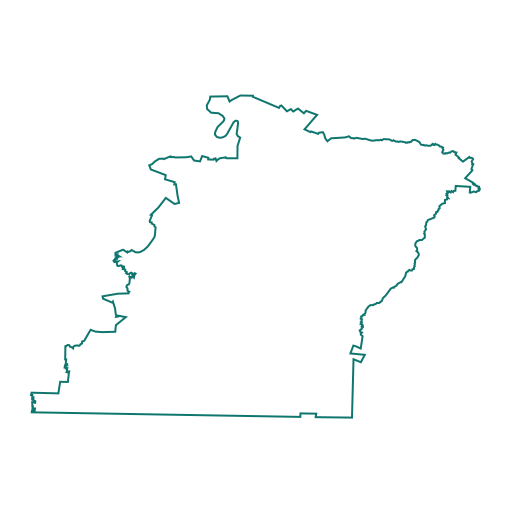 Balancán, Tabasco, Mexico (Equal Earth projection), rotated 91°
{"feature_id": "50627088B87279423420052", "entity_name": "Balancán", "entity_type": "district", "adm_level": 2, "iso_a3": "MEX", "parent_name": "Mexico", "parent_adm1": "Tabasco", "projection": "equal_earth", "projection_center": [-91.389, 17.796], "detail": "fine", "context": "isolated", "style": "outline", "palette": "teal", "viewbox_px": 512, "rotation_deg": 91, "n_neighbors": 0, "source": "geoboundaries", "source_scale": "gbopen_adm2", "svg_char_len": 6015}
<svg xmlns="http://www.w3.org/2000/svg" viewBox="0 0 512 512"><g transform="rotate(91 256 256)"><path d="M113.8,197.4L110.0,208.5L112.5,210.6L107.8,216.6L110.9,221.3L108.5,223.7L110.8,227.6L105.1,233.2L105.4,234.4L107.5,235.6L96.9,261.9L95.8,261.9L95.8,274.4L100.3,282.8L102.0,285.1L96.8,287.4L97.4,304.5L100.4,304.8L106.2,307.8L109.8,307.5L113.5,303.3L113.9,296.0L116.5,291.8L119.0,290.0L120.8,290.3L122.2,291.2L127.6,296.6L132.6,298.9L135.3,299.2L137.6,297.2L138.3,295.0L138.3,293.1L137.9,291.2L136.4,288.5L134.3,286.9L122.6,280.7L121.2,279.0L121.1,277.7L121.7,276.5L123.5,276.2L134.4,277.5L136.5,276.2L137.9,273.9L146.3,276.4L158.6,276.3L158.8,286.9L158.5,288.0L157.9,288.1L159.0,294.0L160.3,295.9L161.7,297.2L159.3,298.1L159.7,298.5L159.4,299.6L160.4,300.0L160.3,305.5L158.6,305.4L157.0,311.6L162.4,313.6L161.6,319.6L157.6,322.5L158.5,327.5L158.9,338.5L158.5,339.6L158.6,343.0L158.0,343.1L158.1,343.9L160.7,349.7L160.3,350.1L160.5,354.6L163.3,358.8L165.9,361.4L167.2,364.3L171.3,362.7L176.7,347.7L180.9,348.3L183.6,338.6L185.9,338.9L185.7,337.3L197.5,335.4L204.2,333.8L205.4,338.3L199.5,347.2L209.2,354.4L216.7,361.9L217.1,360.7L222.8,362.9L224.0,362.6L224.2,360.9L225.4,360.8L226.8,358.1L228.1,358.1L229.2,356.9L237.3,357.5L239.1,358.0L243.4,360.8L248.6,364.6L251.8,368.0L254.1,372.0L254.5,374.0L254.3,376.6L252.2,380.5L253.7,382.2L254.1,383.6L253.7,384.3L254.7,384.8L252.1,388.8L252.2,389.5L255.3,396.6L256.8,396.6L256.9,395.5L257.9,396.1L257.9,395.4L257.4,394.7L258.3,394.9L257.9,394.1L258.7,392.7L258.7,393.3L259.5,393.5L259.3,394.7L259.6,394.2L260.6,394.8L260.1,396.0L260.5,396.3L261.3,395.7L261.3,396.7L262.3,396.5L262.5,397.8L263.2,398.4L264.5,397.5L263.8,393.8L265.1,395.2L268.0,394.5L268.5,393.6L267.7,391.0L267.8,390.4L269.0,389.8L268.6,389.2L268.8,387.9L270.0,387.7L270.1,388.8L271.4,389.0L271.2,387.0L271.6,387.6L272.0,386.5L273.5,386.5L274.4,384.9L275.5,385.5L276.2,384.5L276.6,382.6L275.8,382.3L274.8,380.5L275.5,379.3L276.4,379.6L276.9,379.1L276.7,378.4L275.3,376.9L275.8,376.1L277.6,377.5L279.8,377.7L278.4,379.4L279.8,380.1L278.8,381.9L279.1,382.3L280.1,381.7L285.4,382.1L286.7,382.8L287.3,384.4L289.1,385.1L290.7,383.9L292.9,383.9L294.0,382.1L294.6,382.8L295.6,382.8L296.1,393.4L299.0,408.7L301.3,408.2L305.0,399.3L305.1,398.9L304.1,398.3L311.0,396.0L317.2,395.1L317.7,394.4L319.3,394.9L318.8,392.5L318.1,392.4L319.4,385.1L327.6,394.9L334.2,395.4L334.8,408.4L334.4,415.2L332.7,420.1L343.5,426.1L344.1,426.7L344.5,428.4L346.5,428.4L347.3,430.0L348.5,430.7L348.9,431.3L348.5,433.3L349.0,436.0L350.1,437.1L351.5,437.3L350.5,438.5L350.0,440.3L348.4,441.2L348.3,442.9L349.4,444.1L349.5,445.0L362.7,445.0L362.7,444.0L367.6,444.4L367.5,442.9L368.6,442.8L368.7,445.1L370.8,445.4L370.7,444.2L371.7,444.2L371.4,442.7L374.7,443.2L374.7,440.7L375.6,440.9L375.8,441.5L375.9,441.0L385.2,441.9L385.2,449.6L396.8,451.2L396.6,478.0L398.9,478.5L398.9,477.2L400.9,477.3L401.2,476.0L402.9,476.1L402.4,477.3L403.4,477.3L405.1,474.1L406.6,474.3L406.0,477.2L410.2,477.0L410.2,476.5L412.2,476.8L412.3,474.3L414.3,474.6L414.3,477.2L416.2,477.5L416.1,208.9L412.6,208.8L412.6,193.0L416.1,193.5L415.9,157.2L357.5,156.7L360.4,149.3L352.9,145.5L351.8,159.9L343.9,157.1L344.5,154.6L346.7,149.7L334.4,148.0L332.7,149.9L331.8,149.8L330.7,148.8L330.2,150.3L328.6,151.0L327.3,149.2L326.5,149.2L325.5,147.9L324.5,147.9L324.4,149.0L323.0,148.4L322.2,150.1L321.1,149.0L320.2,150.0L319.5,149.1L317.8,149.5L317.4,149.1L316.8,150.2L315.5,149.4L314.6,149.8L314.0,148.5L313.0,147.9L313.0,147.1L312.6,147.4L311.8,146.0L310.2,145.4L308.7,145.5L304.6,142.7L303.1,140.7L303.1,137.9L302.5,137.6L302.0,135.6L300.9,134.5L300.9,132.3L300.1,130.9L299.6,130.9L298.8,129.4L295.9,128.4L293.3,125.7L286.3,120.7L285.1,118.6L285.3,117.6L284.5,117.3L283.2,115.0L281.4,114.0L279.4,110.5L279.6,110.1L273.6,106.4L270.0,105.6L269.0,104.5L269.0,104.0L267.8,103.3L267.3,102.5L267.7,102.1L267.8,99.9L266.7,99.5L266.2,97.8L264.6,97.9L263.6,97.1L263.1,97.5L261.4,97.0L260.5,97.3L259.9,96.8L257.3,97.0L254.3,94.3L251.9,93.2L249.8,93.8L248.3,95.7L247.4,94.9L245.2,95.1L243.3,96.9L240.8,96.9L238.5,95.5L237.9,93.8L237.2,93.1L237.1,90.4L234.6,87.5L231.3,87.6L230.8,88.2L230.4,87.8L228.7,88.1L226.4,86.5L223.3,87.4L222.6,86.7L219.2,86.2L218.7,85.4L217.1,84.8L214.5,78.5L213.6,78.0L212.2,78.7L210.7,76.9L208.9,76.6L208.7,75.3L207.6,75.1L207.1,74.4L205.8,74.3L205.1,73.2L203.0,73.5L200.5,70.7L199.8,68.0L196.7,68.1L196.0,65.9L194.5,65.9L194.7,64.9L193.3,65.9L192.3,65.7L192.0,66.5L191.4,65.9L190.6,66.6L190.1,65.8L189.3,65.9L189.6,65.4L189.2,65.1L188.0,65.9L188.0,64.7L189.0,64.7L188.2,63.5L189.0,62.4L187.7,61.7L188.7,60.0L187.5,59.5L187.3,57.8L182.5,57.5L183.1,43.0L188.8,43.4L189.0,42.7L187.7,39.3L188.4,37.0L187.2,35.8L186.8,34.0L185.6,33.5L185.6,34.4L184.9,34.1L184.2,34.8L183.8,34.6L183.9,33.9L182.8,34.2L182.5,35.7L182.0,36.2L182.2,36.9L180.8,38.0L181.1,38.3L180.8,38.5L180.9,39.7L180.2,40.3L179.7,39.4L179.0,40.1L174.6,48.2L166.5,41.1L165.3,42.1L161.3,40.8L160.7,41.3L160.2,40.5L158.9,41.7L157.7,42.0L155.4,40.7L154.5,41.2L154.0,42.6L154.1,44.0L153.3,44.5L158.0,50.7L154.6,55.1L154.0,54.7L151.2,58.3L149.2,57.5L149.3,58.5L148.6,58.9L148.5,59.9L147.7,60.7L147.9,62.2L149.4,64.0L149.2,65.0L150.1,66.7L149.8,68.4L150.4,68.8L150.3,70.6L149.0,71.7L146.7,70.5L144.9,71.5L144.3,71.0L143.3,73.1L143.4,73.9L142.4,74.8L141.5,76.5L141.4,78.0L140.8,78.6L141.6,79.3L141.1,80.5L141.8,80.3L141.4,82.0L142.4,82.8L142.9,85.1L142.3,87.7L142.7,88.6L142.0,90.3L142.3,90.7L141.7,93.1L139.1,94.8L137.1,98.9L137.4,101.5L139.2,103.0L139.1,103.9L139.7,104.4L139.5,105.9L140.1,106.4L139.9,107.6L140.2,108.2L139.6,109.0L138.9,113.6L139.5,115.6L139.0,116.5L139.2,117.9L137.9,120.6L138.5,121.3L138.4,122.3L137.1,124.6L136.9,130.4L138.1,132.4L137.6,133.2L138.2,135.0L138.0,136.7L138.7,141.4L138.3,144.0L136.8,148.9L137.2,151.0L136.1,157.7L136.9,160.1L136.5,160.6L136.5,162.9L134.7,165.2L135.9,169.0L137.0,182.9L140.0,186.6L137.1,188.8L133.4,189.9L131.0,191.3L131.7,195.4L132.8,196.0L130.5,203.1L131.2,203.7L128.5,209.7L113.8,197.4Z" fill="none" stroke="#0f766e" stroke-width="2"/></g></svg>